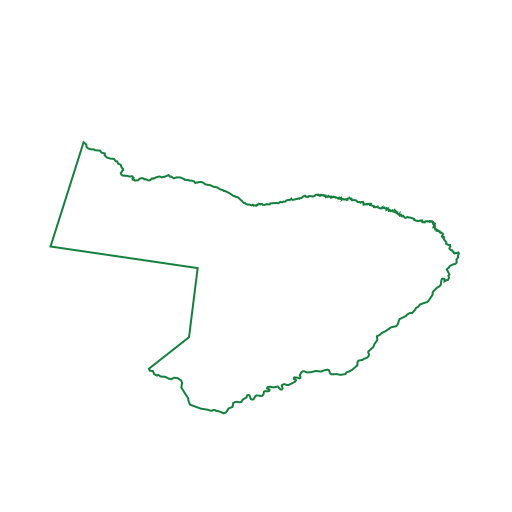 outline of Senanga, Western, Zambia, rotated 258°
{"feature_id": "96606910B84216604788069", "entity_name": "Senanga", "entity_type": "district", "adm_level": 2, "iso_a3": "ZMB", "parent_name": "Zambia", "parent_adm1": "Western", "projection": "equal_earth", "projection_center": [23.97, -16.023], "detail": "fine", "context": "isolated", "style": "outline", "palette": "green", "viewbox_px": 512, "rotation_deg": 258, "n_neighbors": 0, "source": "geoboundaries", "source_scale": "gbopen_adm2", "svg_char_len": 6164}
<svg xmlns="http://www.w3.org/2000/svg" viewBox="0 0 512 512"><g transform="rotate(258 256 256)"><path d="M308.0,57.0L256.3,196.4L190.5,173.6L168.0,127.8L166.0,128.2L164.8,131.3L161.7,131.8L159.6,134.2L160.0,135.8L158.0,137.6L156.7,142.1L154.2,145.2L153.1,147.4L154.0,150.5L152.9,153.8L150.2,156.6L147.6,157.4L142.8,155.6L130.9,160.0L128.9,159.8L124.3,160.5L118.1,170.4L115.6,177.0L114.3,179.1L113.8,180.6L114.3,182.2L113.9,183.6L112.7,184.9L112.6,185.8L110.9,188.9L108.9,191.5L109.2,194.1L112.6,197.5L113.3,201.7L116.9,203.1L117.5,205.0L117.3,207.3L116.2,209.7L116.3,211.3L118.4,213.3L119.5,217.1L121.6,218.4L121.6,220.0L120.9,220.7L117.2,221.2L116.4,222.2L116.3,223.7L119.3,226.6L119.5,227.7L117.9,232.3L118.0,233.2L119.0,234.4L121.6,235.6L122.0,236.6L121.2,239.3L121.3,241.0L122.5,241.5L124.0,239.3L125.0,239.7L125.4,240.5L125.2,242.5L123.8,245.9L123.8,250.2L120.3,252.1L120.0,253.4L121.1,254.5L124.0,254.3L124.5,254.9L124.8,257.0L123.3,259.6L123.1,261.2L124.9,268.1L126.2,269.4L128.0,267.5L128.9,267.6L129.3,268.3L128.2,271.8L127.3,272.8L127.5,274.0L128.6,274.4L130.3,274.0L133.0,276.5L133.5,277.9L133.2,279.2L131.5,281.7L130.9,285.8L131.1,290.7L129.4,295.6L129.9,297.7L130.0,302.2L129.2,303.6L125.6,304.1L124.5,305.3L123.8,310.0L122.2,313.9L121.9,318.9L123.4,320.3L123.7,323.3L124.7,326.4L128.0,332.4L130.8,333.1L132.3,334.4L132.3,338.8L133.0,340.3L133.2,342.7L134.3,345.0L136.2,346.1L138.5,345.7L139.3,346.1L142.6,351.8L145.2,353.5L148.5,357.2L152.4,357.6L152.9,360.2L154.6,363.1L155.4,366.6L158.2,373.5L158.2,378.6L159.5,380.3L164.4,383.2L166.1,390.1L167.2,391.5L168.0,393.6L168.2,395.1L167.8,397.0L170.7,400.8L171.8,401.5L172.6,403.9L174.6,406.6L175.4,413.8L176.2,415.3L181.3,420.6L183.7,421.3L184.6,422.1L187.4,426.5L188.2,429.2L189.6,430.9L193.9,432.3L194.7,433.0L195.0,434.2L194.5,435.5L192.0,435.0L192.7,436.9L192.7,438.9L194.4,440.2L196.6,440.1L197.7,441.4L203.3,439.8L204.8,442.7L205.6,443.0L206.8,446.4L206.7,449.0L207.8,450.9L211.0,451.4L212.7,453.4L213.7,453.4L216.5,455.0L217.4,454.5L217.0,453.3L217.4,452.2L217.1,450.9L217.7,450.1L219.1,450.0L219.5,449.2L220.8,449.1L221.4,447.7L222.4,447.0L223.3,446.7L224.8,448.0L226.5,448.0L226.7,446.6L228.4,444.5L229.9,445.0L233.3,443.3L235.2,443.7L235.2,442.6L236.0,442.2L236.2,442.6L236.6,442.0L238.7,443.5L240.5,442.0L240.3,441.2L241.5,440.7L242.1,439.8L242.3,440.1L242.8,438.8L243.0,439.3L243.6,438.5L243.7,438.9L244.0,438.7L244.9,437.5L244.8,436.8L246.8,436.9L247.0,436.1L247.4,436.6L247.7,435.9L248.2,436.5L248.9,436.5L249.0,437.0L249.5,436.7L249.4,437.2L250.1,437.6L250.5,436.5L251.0,437.1L251.7,435.9L252.5,436.1L252.8,435.3L253.2,435.3L253.2,434.2L253.6,434.6L254.2,433.2L254.0,431.4L254.4,430.8L254.1,430.5L254.7,429.4L254.5,428.2L253.8,428.0L254.5,425.8L255.5,425.1L255.9,425.9L256.4,425.8L256.6,423.5L256.3,422.5L257.1,420.3L258.6,418.1L259.5,418.3L261.6,414.7L261.9,413.2L262.7,412.5L262.1,409.9L264.7,408.3L264.4,407.8L265.3,407.1L264.9,406.6L265.7,406.3L265.6,405.5L266.1,405.7L266.0,404.9L266.6,404.5L267.3,404.8L267.1,404.5L267.5,404.4L267.4,403.7L268.5,403.4L268.6,402.5L269.3,402.6L269.7,401.7L269.9,402.2L270.1,401.7L270.3,402.2L270.9,402.0L271.4,401.4L271.1,401.0L271.9,401.0L271.5,400.5L271.8,399.3L271.5,398.8L271.9,398.6L272.0,397.8L271.8,397.3L272.1,397.6L272.0,396.8L272.6,396.7L272.6,395.5L273.2,395.7L273.2,396.3L273.9,395.6L273.9,394.8L274.6,394.6L274.4,394.0L274.8,394.3L274.6,393.5L275.7,393.5L275.4,392.6L276.0,391.8L276.7,391.7L276.6,389.1L277.2,389.4L276.5,387.9L277.8,385.7L279.1,385.3L278.8,383.0L279.2,382.7L279.3,381.5L280.2,381.7L281.9,378.6L282.6,379.0L282.5,378.3L283.3,378.6L283.7,376.3L283.3,376.3L283.2,375.4L283.7,375.1L283.8,372.5L284.1,372.7L284.2,372.0L285.0,372.4L286.1,372.1L285.9,371.8L286.0,371.6L286.8,371.3L286.9,370.0L286.4,369.4L287.2,368.6L287.7,366.6L289.6,365.5L290.5,362.7L290.5,361.4L291.3,360.9L291.3,361.3L292.3,361.3L292.4,360.3L293.4,359.5L293.0,359.3L293.1,357.4L292.5,356.7L291.9,356.9L291.9,356.4L292.9,355.6L292.9,354.1L293.6,352.7L293.4,352.2L293.7,352.4L294.0,351.4L294.3,351.8L295.0,351.5L294.6,351.2L295.7,349.9L295.2,349.5L295.5,349.3L295.2,348.8L295.6,348.7L295.4,348.0L296.5,347.1L296.4,346.2L297.3,345.6L297.3,344.6L297.9,344.3L297.7,343.2L298.1,343.6L297.9,343.0L298.6,342.1L298.6,341.2L298.1,341.0L298.9,340.3L298.8,339.7L299.6,339.3L299.0,338.3L299.4,338.1L299.1,336.6L299.8,336.6L300.2,336.0L300.8,336.4L301.1,335.5L300.7,335.4L301.6,334.5L301.3,334.1L301.8,333.5L301.7,332.6L302.0,332.9L302.4,332.1L302.4,330.7L302.0,330.5L302.9,328.9L303.2,329.1L303.4,327.0L302.5,325.8L302.4,323.4L302.8,323.1L303.6,320.4L302.8,319.0L303.4,318.5L303.4,317.4L304.8,316.6L304.5,314.6L303.3,312.5L303.4,310.5L303.0,310.3L303.4,309.5L303.2,303.7L304.0,302.5L304.7,302.3L303.9,301.3L304.1,297.6L303.1,295.6L303.5,294.4L303.1,292.5L303.9,291.0L302.9,289.1L303.7,286.5L304.5,280.8L303.7,280.2L304.2,277.6L304.6,277.2L304.2,275.3L304.6,273.2L305.5,272.7L305.9,271.6L305.6,271.1L306.3,270.1L305.9,270.0L306.1,268.1L305.3,267.7L305.1,266.6L305.6,266.4L305.8,264.3L306.2,264.4L306.8,263.4L306.4,262.1L307.8,260.1L307.9,258.6L309.6,256.3L310.2,256.2L310.4,255.2L317.1,250.6L318.2,248.2L319.2,247.4L319.2,246.7L323.3,242.7L326.0,239.2L326.3,238.0L327.2,237.5L328.6,234.9L331.3,232.1L332.6,228.8L334.7,226.1L336.5,221.5L338.9,219.3L339.7,218.0L340.2,215.6L339.9,214.2L340.3,212.9L340.0,211.8L341.7,211.1L343.2,208.5L343.4,207.0L344.2,205.9L345.4,202.0L346.0,201.9L348.6,198.2L349.4,194.9L349.1,191.6L351.2,189.8L351.6,188.3L353.3,187.3L352.4,182.6L352.8,181.5L352.5,180.0L353.5,179.0L353.9,177.2L353.7,174.6L353.0,173.0L353.4,172.4L353.0,171.3L353.5,170.5L352.0,167.9L352.4,166.2L354.1,164.1L354.1,162.7L355.0,162.4L356.0,160.5L355.7,158.2L354.6,156.4L354.9,153.4L355.7,152.8L356.4,151.2L357.1,151.2L357.2,151.9L358.0,152.5L359.9,151.2L359.9,149.1L361.4,146.3L361.5,144.8L362.1,144.2L362.1,143.1L363.0,141.5L365.0,140.9L367.5,143.3L367.6,143.9L368.6,144.1L370.7,142.9L373.3,142.7L375.0,140.3L377.3,140.0L378.0,138.4L380.5,137.3L381.6,133.6L383.5,130.5L386.0,128.9L387.7,129.5L389.2,126.4L391.5,125.4L392.9,120.5L394.1,119.4L394.5,117.0L396.2,114.0L398.3,112.8L400.2,113.2L403.1,111.0L308.0,57.0Z" fill="none" stroke="#15803d" stroke-width="2"/></g></svg>